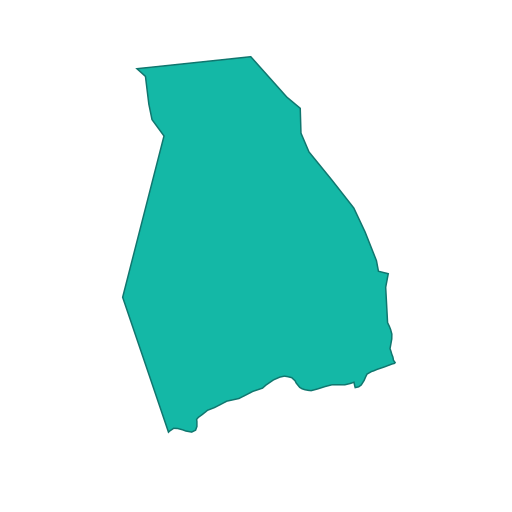 outline of Savannes George/Constitution Park, Choiseul, Saint Lucia, rotated 284°
{"feature_id": "8701671B67888908023489", "entity_name": "Savannes George/Constitution Park", "entity_type": "district", "adm_level": 2, "iso_a3": "LCA", "parent_name": "Saint Lucia", "parent_adm1": "Choiseul", "projection": "mercator", "projection_center": [-61.052, 13.779], "detail": "fine", "context": "isolated", "style": "filled", "palette": "teal", "viewbox_px": 512, "rotation_deg": 284, "n_neighbors": 0, "source": "geoboundaries", "source_scale": "gbopen_adm2", "svg_char_len": 1197}
<svg xmlns="http://www.w3.org/2000/svg" viewBox="0 0 512 512"><g transform="rotate(284 256 256)"><path d="M409.7,97.3L408.9,95.2L403.5,105.3L377.4,115.3L363.2,122.1L350.2,137.7L185.2,136.6L183.7,136.6L113.4,181.9L63.9,213.7L65.3,214.6L68.9,217.8L69.7,221.8L69.6,227.0L69.2,230.2L69.6,236.2L72.4,239.5L76.3,239.9L81.1,238.7L83.1,237.9L85.5,239.1L89.8,242.7L94.6,246.3L98.9,252.4L108.1,262.8L113.6,273.9L123.9,285.7L127.0,290.6L129.4,294.3L133.2,296.9L140.1,303.0L144.3,308.5L146.3,312.6L146.6,315.9L146.6,320.1L144.4,324.1L142.4,325.8L139.1,330.2L138.3,332.8L138.1,335.7L138.3,339.4L138.7,342.1L141.9,347.9L146.1,354.7L149.4,360.8L150.7,365.9L152.5,373.3L155.1,378.3L157.2,381.6L153.9,383.2L152.3,384.1L153.9,387.3L156.3,389.3L161.4,391.0L165.1,391.6L168.3,392.3L172.0,396.2L172.9,397.8L175.2,400.8L179.3,407.2L184.1,414.1L185.3,416.3L186.2,416.8L188.1,414.6L191.0,413.3L193.7,411.4L196.0,410.1L198.6,408.4L200.9,408.3L208.3,407.8L213.1,406.7L217.2,404.4L220.0,402.4L223.1,399.8L257.0,389.4L270.8,388.6L270.8,378.5L280.6,374.0L305.6,356.1L326.2,339.3L348.0,311.3L369.8,282.2L386.1,269.9L410.0,263.2L417.6,247.5L448.1,202.7L409.7,97.3Z" fill="#14b8a6" stroke="#0f766e" stroke-width="1.5"/></g></svg>